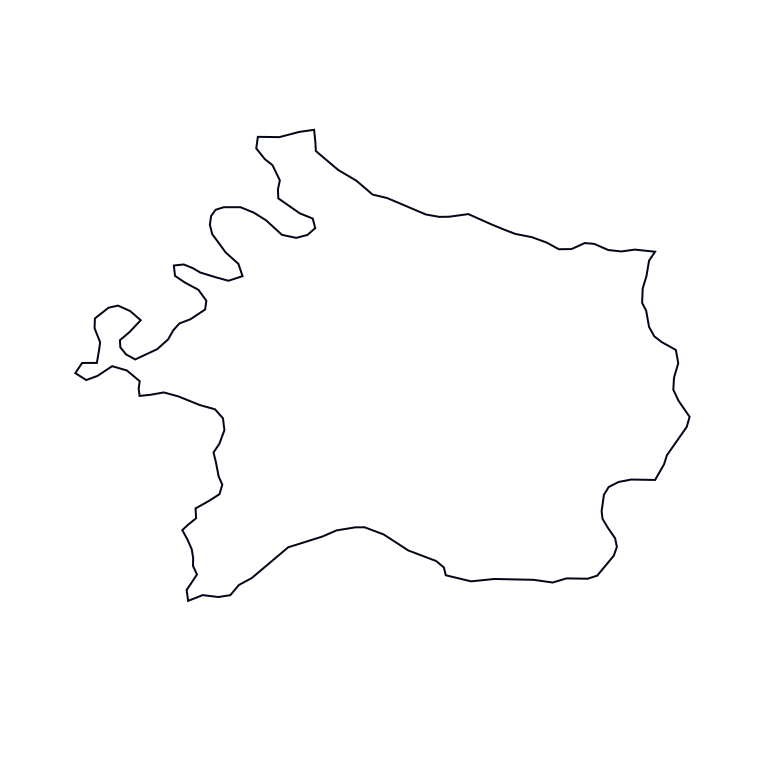 Andirá, Paraná, Brazil (Equal Earth projection), rotated 98°
{"feature_id": "56859067B52775049896070", "entity_name": "Andirá", "entity_type": "district", "adm_level": 2, "iso_a3": "BRA", "parent_name": "Brazil", "parent_adm1": "Paraná", "projection": "equal_earth", "projection_center": [-50.276, -23.026], "detail": "fine", "context": "isolated", "style": "outline", "palette": "ink", "viewbox_px": 768, "rotation_deg": 98, "n_neighbors": 0, "source": "geoboundaries", "source_scale": "gbopen_adm2", "svg_char_len": 2184}
<svg xmlns="http://www.w3.org/2000/svg" viewBox="0 0 768 768"><g transform="rotate(98 384 384)"><path d="M215.3,134.0L216.0,154.3L219.7,167.4L220.1,180.6L216.0,195.4L216.5,204.9L224.3,217.1L226.2,229.7L221.3,242.6L218.0,258.2L217.1,274.9L214.4,286.6L211.0,299.8L204.0,324.1L209.3,342.8L210.8,352.5L210.3,366.1L199.4,406.9L198.0,421.7L186.6,439.5L178.4,459.2L162.8,483.9L153.7,485.7L142.0,488.6L146.2,503.2L154.1,522.0L156.8,543.3L168.5,543.3L178.0,533.2L182.8,524.9L196.8,515.5L206.2,516.1L214.9,514.5L222.6,499.3L226.7,491.2L230.1,477.6L239.2,473.8L247.0,480.5L251.5,491.2L250.5,505.8L238.3,523.6L232.4,536.8L228.9,550.8L231.2,567.2L234.9,575.0L241.7,578.6L250.5,578.6L259.5,575.0L267.0,567.6L275.8,559.1L285.3,544.9L296.9,539.1L303.4,552.4L301.7,565.6L299.2,581.4L295.9,589.4L293.5,598.9L295.9,608.6L306.0,606.0L311.2,595.4L316.6,580.8L326.3,571.5L335.1,571.5L346.8,584.7L352.5,595.0L360.0,600.1L369.9,604.0L381.1,613.5L394.3,633.8L390.6,643.5L384.4,650.2L377.4,651.6L367.8,643.1L354.7,633.8L347.1,645.5L343.4,658.3L346.8,667.4L359.3,679.4L369.0,678.4L382.2,670.9L390.9,670.9L403.1,671.3L405.2,685.9L416.2,691.2L421.5,679.4L415.9,668.9L404.2,655.7L406.4,640.5L415.2,626.3L422.7,626.3L429.8,624.4L427.3,614.1L423.0,600.9L424.9,585.9L430.5,563.4L432.6,547.8L440.4,538.7L451.9,535.6L466.1,538.7L475.5,543.3L484.5,539.7L498.7,534.8L506.2,530.1L516.0,531.6L524.3,541.3L533.4,553.3L543.1,551.4L550.7,558.5L556.8,563.4L565.5,556.9L574.4,551.4L582.8,548.8L590.8,547.8L598.7,542.7L608.1,547.2L615.4,550.8L626.0,547.8L618.3,534.2L618.0,518.4L614.5,506.8L603.2,499.7L594.6,488.0L559.0,456.1L543.6,423.7L535.6,410.7L529.9,392.3L528.6,383.3L533.0,363.5L545.5,336.7L552.0,307.9L557.3,299.2L564.8,296.2L567.3,270.4L564.8,260.1L561.7,247.5L557.1,208.6L557.1,189.3L551.1,176.2L548.5,155.3L544.1,146.2L522.1,132.6L513.0,130.7L504.7,133.6L495.2,142.3L487.2,148.8L479.7,150.8L463.1,150.8L454.8,147.2L448.4,138.2L444.2,125.9L441.3,102.2L424.5,95.5L415.1,93.9L384.5,78.3L374.0,76.8L359.6,90.0L349.4,96.7L337.3,97.7L322.6,95.5L309.7,99.7L303.8,114.9L299.2,123.0L290.5,129.5L274.9,134.6L267.7,139.7L253.4,141.1L240.6,139.1L225.0,138.7L215.3,134.0Z" fill="none" stroke="#020617" stroke-width="2"/></g></svg>